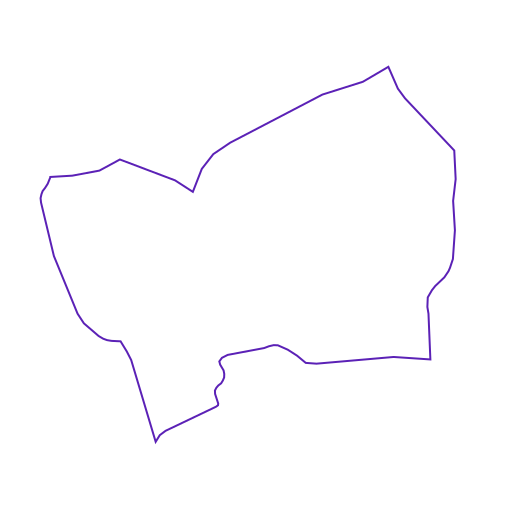 outline of Samut Sakhon, rotated 174°
{"feature_id": "THA-423", "entity_name": "Samut Sakhon", "entity_type": "Province", "adm_level": 1, "iso_a3": "THA", "parent_name": "Thailand", "parent_adm1": "", "projection": "orthographic", "projection_center": [100.245, 13.578], "detail": "fine", "context": "isolated", "style": "outline", "palette": "violet", "viewbox_px": 512, "rotation_deg": 174, "n_neighbors": 0, "source": "natural_earth", "source_scale": "10m", "svg_char_len": 1035}
<svg xmlns="http://www.w3.org/2000/svg" viewBox="0 0 512 512"><g transform="rotate(174 256 256)"><path d="M452.2,356.1L430.3,355.1L402.8,357.3L381.3,366.2L328.6,339.7L312.1,326.4L300.8,348.3L287.8,361.8L269.8,371.4L173.1,409.6L131.5,418.1L104.6,430.3L97.4,407.6L91.3,397.2L47.8,340.2L49.4,311.6L54.2,290.2L55.5,260.7L60.5,232.4L64.3,224.0L66.2,220.7L70.9,215.1L80.8,207.5L84.6,203.6L89.5,196.9L90.9,187.4L90.5,180.6L93.4,134.9L129.7,141.2L207.1,142.6L217.7,144.5L225.6,152.6L234.2,159.5L243.6,164.9L247.7,165.5L252.5,164.9L257.5,163.6L294.5,160.6L300.5,158.3L303.5,155.0L303.0,151.7L300.2,145.6L299.9,142.0L300.4,138.5L302.0,135.6L304.0,133.0L307.0,131.2L309.2,129.1L310.9,126.5L311.1,123.1L309.0,113.2L309.4,111.5L311.5,110.3L364.2,91.6L370.4,87.9L375.2,81.7L391.0,165.6L394.5,174.6L399.6,185.3L408.6,186.7L412.9,187.9L416.6,189.7L420.9,192.9L434.2,207.0L439.5,217.3L457.0,277.1L464.2,331.6L464.2,336.0L462.9,339.9L461.4,342.9L458.7,345.7L455.6,349.6L452.2,356.0L452.2,356.1Z" fill="none" stroke="#5b21b6" stroke-width="2"/></g></svg>